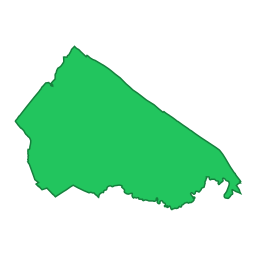 outline of Iaslovat, Suceava, Romania
{"feature_id": "2599482B36355944921749", "entity_name": "Iaslovat", "entity_type": "district", "adm_level": 2, "iso_a3": "ROU", "parent_name": "Romania", "parent_adm1": "Suceava", "projection": "albers", "projection_center": [25.985, 47.761], "detail": "fine", "context": "isolated", "style": "filled", "palette": "green", "viewbox_px": 256, "rotation_deg": 0, "n_neighbors": 0, "source": "geoboundaries", "source_scale": "gbopen_adm2", "svg_char_len": 5836}
<svg xmlns="http://www.w3.org/2000/svg" viewBox="0 0 256 256"><path d="M239.6,179.9L236.4,175.8L236.1,175.3L235.6,174.6L235.1,173.5L234.2,172.7L232.9,170.8L230.3,166.9L225.2,158.2L222.8,154.4L220.2,151.0L219.1,149.8L215.6,147.3L200.9,137.6L195.1,133.6L191.5,130.9L189.4,129.7L188.4,128.8L182.4,124.7L178.0,121.5L177.2,121.2L175.5,119.8L172.7,117.7L165.5,112.9L163.9,111.6L163.0,112.3L158.4,108.6L154.2,104.9L146.5,100.1L137.6,93.2L132.9,90.0L129.7,87.0L126.1,83.9L120.2,77.9L115.3,74.2L111.1,70.7L108.5,68.7L104.4,65.9L95.3,60.5L92.5,59.4L91.7,58.8L90.9,58.4L89.6,57.5L88.5,56.4L87.0,55.4L86.3,56.4L86.1,56.7L80.7,51.6L79.2,50.0L78.3,49.3L77.2,48.8L76.0,47.9L74.5,46.4L71.6,49.4L70.8,51.4L68.8,54.9L67.6,55.6L66.9,57.2L64.4,57.0L63.6,57.1L63.8,61.0L63.7,62.0L62.9,63.3L61.3,65.7L59.9,67.0L57.8,68.3L56.7,70.5L56.1,73.0L55.3,74.0L55.1,75.2L55.2,76.4L55.1,78.6L55.0,79.0L54.6,79.6L53.7,80.4L51.2,83.2L51.7,83.5L51.8,84.1L52.2,84.6L52.7,85.0L52.7,85.3L52.5,85.6L52.6,86.1L52.0,85.9L51.4,85.9L50.8,85.5L50.7,85.0L51.0,84.6L50.9,84.3L50.6,84.0L49.4,83.4L48.8,82.5L45.7,83.0L43.2,85.9L42.1,86.9L41.3,88.2L40.8,89.2L40.3,89.9L39.8,90.2L39.3,91.2L34.5,96.9L26.8,106.5L19.5,115.9L19.0,116.1L17.1,119.0L15.9,120.3L15.4,121.1L15.4,121.3L15.8,121.9L17.2,123.7L17.7,124.5L18.6,125.6L19.6,126.7L20.2,127.5L20.8,128.1L21.0,128.0L22.9,129.7L23.1,130.0L23.6,130.4L24.6,132.1L24.9,132.8L25.8,134.2L27.4,135.7L27.8,136.3L29.4,137.6L30.0,138.6L30.8,140.7L30.7,142.3L30.5,144.0L29.9,146.7L29.8,148.2L29.4,149.4L28.1,149.4L27.9,150.7L27.9,151.6L28.0,152.9L27.9,153.4L28.2,155.3L28.4,155.3L28.5,155.6L28.4,156.0L28.0,156.8L28.3,157.9L28.2,158.3L28.0,158.9L27.8,159.5L27.8,159.8L28.2,160.1L28.3,160.2L28.2,160.6L28.1,160.9L28.2,162.0L27.9,162.0L28.7,163.5L29.1,163.7L30.4,167.1L33.5,175.7L34.9,179.7L38.5,182.5L36.1,184.1L38.4,186.5L38.7,186.2L42.0,189.7L46.9,188.1L50.0,191.3L52.7,194.2L52.9,194.4L53.1,194.3L55.4,196.8L63.7,191.4L66.2,189.9L70.4,186.9L73.2,185.2L78.0,187.8L84.2,190.8L89.0,192.8L90.9,192.3L91.2,192.4L92.7,193.0L93.2,193.0L93.8,192.9L94.1,193.0L94.7,193.8L96.1,195.1L96.6,195.2L97.8,196.7L98.6,197.3L99.1,195.1L99.4,194.4L99.7,194.1L100.8,193.3L101.2,192.8L101.6,192.6L102.1,192.4L103.3,192.6L103.5,192.4L103.6,192.0L103.8,191.0L104.5,190.3L106.0,190.0L106.3,189.8L106.6,189.5L107.0,188.0L107.3,187.2L107.7,186.8L108.1,186.5L109.5,185.9L110.5,185.8L111.0,186.0L111.4,186.3L112.0,186.6L112.4,186.7L113.3,186.4L114.0,185.9L114.8,185.7L117.3,185.4L118.8,185.1L119.5,185.1L121.6,185.6L122.0,185.9L122.1,186.3L121.8,186.9L121.8,187.2L124.0,189.2L124.5,189.9L124.5,190.4L124.3,191.2L124.3,191.7L124.5,192.1L124.6,192.5L125.9,193.2L126.2,193.6L127.6,194.0L128.6,194.1L130.7,193.4L131.7,193.3L132.2,193.4L132.3,193.6L132.1,195.2L132.1,195.9L132.7,197.3L132.9,197.5L133.3,197.8L133.6,198.0L133.8,197.9L134.2,197.5L134.5,197.4L136.4,198.0L137.8,197.6L138.5,197.7L138.7,198.1L138.8,198.7L139.0,199.1L139.6,199.2L140.4,199.1L141.1,199.4L142.1,199.2L142.6,199.3L142.7,199.5L142.6,200.1L143.0,200.5L143.3,200.6L143.7,200.6L144.4,200.2L145.6,199.9L147.4,200.3L148.6,200.8L149.2,200.9L152.9,200.9L153.7,201.2L154.4,201.3L154.9,201.2L155.3,201.0L155.9,200.3L156.1,199.9L156.4,198.3L156.5,198.1L157.0,198.0L157.4,198.1L157.7,199.4L157.7,200.0L157.2,200.7L157.2,201.6L157.3,202.4L157.8,203.1L158.5,203.6L159.2,203.7L159.9,203.2L160.0,203.0L160.0,202.7L159.9,202.1L160.0,201.5L160.9,200.8L161.6,200.7L161.9,200.8L162.4,201.0L162.7,201.4L163.0,202.0L163.1,202.5L163.3,202.8L164.3,203.0L164.7,203.1L165.1,203.6L165.3,203.9L165.4,204.4L165.3,205.3L164.9,205.7L164.5,205.8L164.4,206.0L164.7,206.6L165.2,206.7L167.1,205.8L167.4,205.9L167.6,206.1L167.0,206.6L166.9,207.1L167.1,207.4L167.4,207.4L167.8,207.4L168.2,207.1L169.3,206.1L169.8,206.1L170.1,206.5L171.2,209.1L171.5,209.4L171.9,209.6L172.1,209.5L172.3,209.0L172.5,208.9L173.7,208.8L174.6,208.3L175.0,208.2L176.2,208.5L177.3,208.3L178.3,207.8L178.9,207.0L179.0,206.6L179.2,206.4L179.5,206.4L180.5,207.0L181.2,206.9L181.4,206.7L181.5,206.5L181.7,205.4L181.9,205.1L183.1,204.6L184.6,203.2L185.4,202.9L186.0,202.8L186.9,202.4L187.2,202.4L188.1,203.0L188.6,203.1L188.8,203.1L189.4,202.5L189.6,202.5L190.5,202.6L191.3,202.5L191.9,202.0L192.6,201.7L193.9,200.2L193.9,199.3L194.6,198.5L194.8,197.7L194.8,197.4L194.4,197.1L194.0,197.1L193.9,197.3L193.8,198.0L193.7,198.1L193.2,198.1L192.9,197.6L192.9,196.8L191.7,195.7L190.8,194.2L190.6,193.9L190.6,193.7L191.1,193.0L191.6,192.7L191.9,192.8L192.7,193.3L193.2,193.9L193.5,194.1L193.8,194.2L194.5,194.1L195.1,193.4L195.2,193.2L195.4,192.4L195.5,191.9L196.0,191.3L196.9,191.3L198.0,191.6L198.7,192.0L199.3,191.9L201.1,189.7L201.6,188.5L201.8,188.2L202.5,187.8L203.8,187.3L204.1,187.1L204.8,184.2L205.0,183.7L205.1,183.0L204.9,182.4L205.0,181.6L205.5,180.9L205.6,180.4L205.9,180.0L206.0,179.7L206.0,179.0L206.5,178.3L206.6,177.9L206.5,177.5L206.3,177.1L206.3,176.9L208.4,176.8L209.0,177.0L209.3,177.5L209.3,178.5L209.4,178.9L209.7,179.4L210.2,179.8L210.6,179.8L211.6,179.2L213.0,179.3L214.1,179.2L214.8,179.4L215.4,180.1L216.1,180.7L216.8,180.9L217.9,181.1L218.3,181.4L218.5,181.8L218.5,182.2L218.1,183.0L218.1,183.3L218.6,184.3L218.8,184.5L219.3,184.3L220.3,183.2L222.1,181.8L223.0,181.0L223.0,180.4L222.9,179.6L222.6,178.9L222.8,178.4L223.1,178.2L223.7,178.2L224.6,178.8L225.1,179.1L225.5,179.8L226.1,180.5L228.5,181.4L228.7,181.6L228.9,182.1L229.3,183.7L229.0,185.3L228.1,187.8L226.7,191.4L225.3,193.5L224.5,194.4L224.3,194.7L224.2,195.9L224.2,196.5L224.4,197.0L225.2,197.9L228.0,198.4L228.3,198.3L228.8,198.0L229.7,197.0L230.1,196.6L231.3,194.8L232.5,194.2L232.6,193.9L232.7,193.3L232.1,191.3L232.2,189.7L232.6,189.7L234.0,190.5L235.3,191.1L236.0,191.6L238.5,192.4L240.6,193.4L239.7,191.5L239.5,190.4L239.0,189.3L236.4,185.5L237.7,184.2L238.6,183.5L239.2,183.2L240.5,182.9L239.7,181.9L240.6,181.4L239.6,179.9Z" fill="#22c55e" stroke="#15803d" stroke-width="1.5"/></svg>